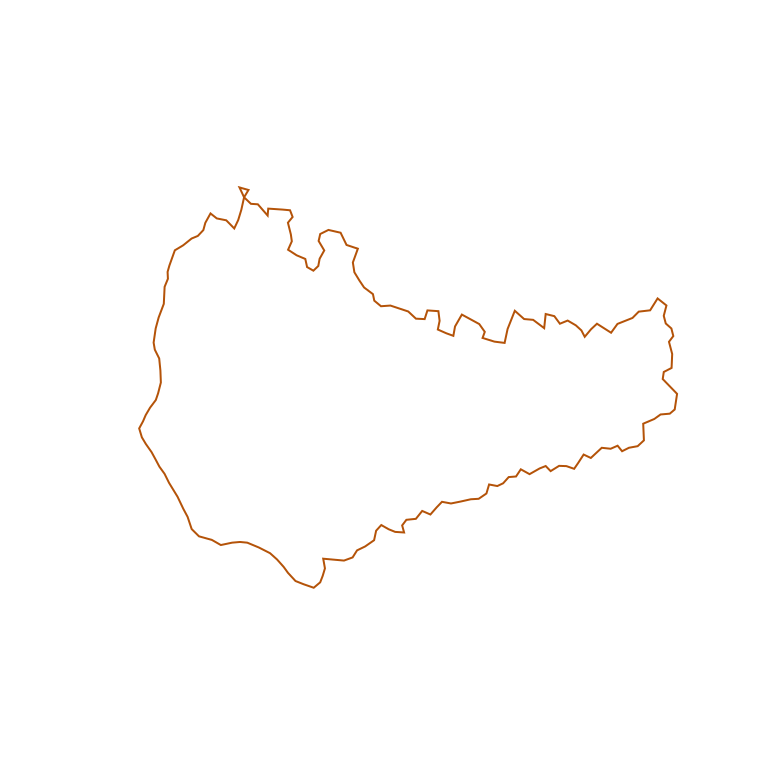 outline of Lobato, Paraná, Brazil, rotated 127°
{"feature_id": "56859067B51763712276093", "entity_name": "Lobato", "entity_type": "district", "adm_level": 2, "iso_a3": "BRA", "parent_name": "Brazil", "parent_adm1": "Paraná", "projection": "mercator", "projection_center": [-52.0, -22.979], "detail": "fine", "context": "isolated", "style": "outline", "palette": "amber", "viewbox_px": 768, "rotation_deg": 127, "n_neighbors": 0, "source": "geoboundaries", "source_scale": "gbopen_adm2", "svg_char_len": 2519}
<svg xmlns="http://www.w3.org/2000/svg" viewBox="0 0 768 768"><g transform="rotate(127 384 384)"><path d="M352.2,625.2L362.8,623.7L369.8,620.9L377.8,621.8L383.6,625.2L394.2,627.9L403.1,631.5L418.5,626.7L424.7,624.3L430.0,619.9L438.4,617.7L452.5,608.1L466.5,604.0L477.0,599.8L489.6,592.9L494.5,587.7L498.9,578.9L507.9,570.6L517.1,563.1L527.4,558.8L534.1,556.6L543.6,556.6L552.3,555.6L558.8,554.0L566.8,552.8L572.3,545.3L575.2,538.2L578.3,528.6L581.7,521.1L585.2,513.6L587.8,505.2L592.3,496.2L598.3,481.0L604.4,469.3L608.3,460.9L615.6,450.3L617.0,440.1L612.1,427.6L610.8,417.4L602.1,409.8L596.8,403.9L593.0,397.7L589.9,385.6L587.7,373.2L588.5,363.8L590.5,353.9L592.6,347.1L594.6,336.1L592.3,327.7L589.0,317.5L580.8,315.6L574.1,317.5L566.8,320.2L560.1,327.4L554.7,318.7L549.1,309.7L541.4,304.7L533.1,305.4L525.1,301.3L514.7,297.9L505.9,302.0L498.3,301.3L497.2,292.9L495.4,286.1L490.5,278.6L486.0,284.4L479.0,284.4L472.5,277.4L462.4,277.1L460.3,268.4L450.8,267.7L443.2,266.8L439.1,258.6L431.8,252.1L423.8,245.3L418.7,239.3L409.8,236.3L401.0,239.6L397.3,232.1L391.6,229.1L383.3,228.4L378.4,222.9L369.8,223.4L368.4,213.5L357.8,208.9L352.2,205.5L353.3,198.5L344.0,194.9L339.8,188.9L337.3,181.1L330.4,181.4L320.2,182.1L318.6,174.3L303.9,171.7L299.3,164.0L292.7,160.3L294.4,153.4L287.5,150.0L281.0,144.0L272.6,142.5L259.7,153.1L249.3,147.1L241.9,144.8L235.7,137.9L229.4,136.5L215.5,144.0L212.3,164.4L206.0,167.8L198.1,164.0L186.6,171.9L178.8,181.8L171.6,181.8L166.7,187.9L166.1,195.4L161.2,201.6L151.3,205.7L151.0,217.0L165.0,215.8L172.9,224.1L181.7,225.3L195.5,233.7L206.4,233.5L207.7,250.2L215.7,251.6L225.5,252.1L222.4,258.6L221.7,266.1L222.8,275.5L230.0,279.8L227.3,288.8L230.8,297.0L243.0,289.7L243.0,303.5L247.8,311.2L246.8,323.6L265.7,318.4L278.6,312.4L283.7,321.3L287.9,333.0L281.7,334.9L278.8,344.0L280.2,353.5L281.7,363.6L295.3,361.9L303.8,357.6L306.0,364.8L308.1,373.8L300.1,377.6L293.1,384.4L299.1,393.6L307.7,390.6L312.6,397.8L311.5,408.3L317.5,426.1L323.7,433.2L323.3,441.9L318.9,446.9L318.9,458.0L316.2,465.8L312.6,474.9L305.7,482.0L291.7,486.3L295.5,497.6L289.3,509.7L294.4,521.1L302.6,525.2L309.1,522.3L313.3,512.1L322.7,510.8L329.3,507.5L336.0,508.6L336.9,515.8L331.5,522.1L333.8,531.3L334.5,541.4L325.5,543.5L320.6,548.4L313.0,557.8L305.6,557.5L301.8,563.6L305.7,569.9L313.6,582.0L319.5,578.3L316.4,592.9L320.2,598.7L319.1,608.1L330.7,602.8L340.8,599.1L349.9,597.2L348.2,608.5L352.4,617.2L352.2,625.2ZM319.1,608.1L310.6,609.0L314.0,617.7L319.1,608.1Z" fill="none" stroke="#b45309" stroke-width="2"/></g></svg>